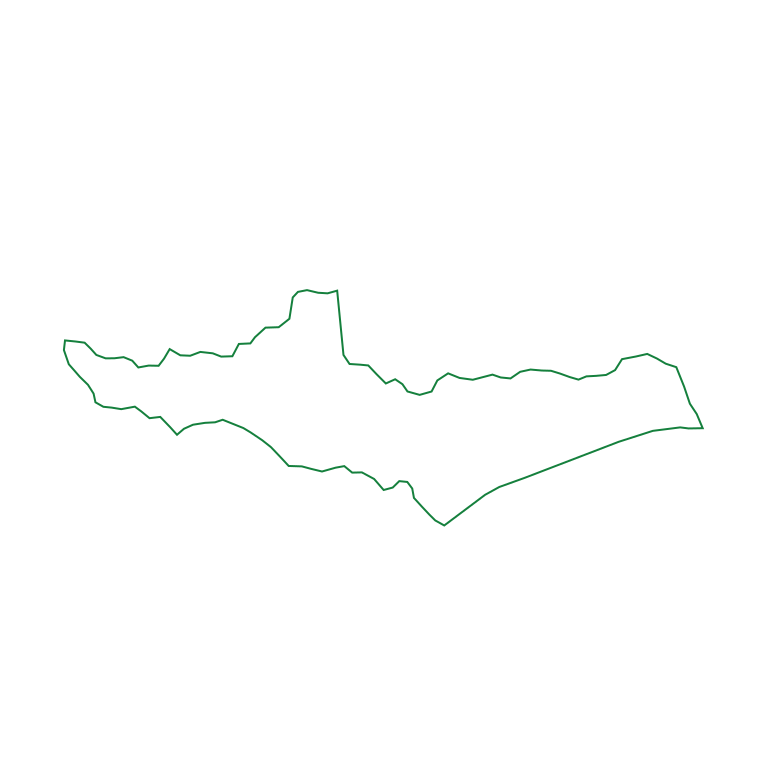 Ruaraka, Nairobi, Kenya, rotated 207°
{"feature_id": "3690345B35970113576502", "entity_name": "Ruaraka", "entity_type": "district", "adm_level": 2, "iso_a3": "KEN", "parent_name": "Kenya", "parent_adm1": "Nairobi", "projection": "mercator", "projection_center": [36.884, -1.246], "detail": "fine", "context": "isolated", "style": "outline", "palette": "green", "viewbox_px": 768, "rotation_deg": 207, "n_neighbors": 0, "source": "geoboundaries", "source_scale": "gbopen_adm2", "svg_char_len": 1651}
<svg xmlns="http://www.w3.org/2000/svg" viewBox="0 0 768 768"><g transform="rotate(207 384 384)"><path d="M688.0,278.0L684.6,268.9L673.8,258.5L666.2,255.5L658.3,252.3L647.4,248.9L638.4,243.6L632.8,236.7L623.7,236.3L616.0,239.3L606.7,242.3L595.7,250.7L587.9,249.4L577.4,247.1L568.4,253.1L554.8,248.4L545.4,244.8L541.9,253.3L535.7,261.0L525.9,268.1L517.1,273.2L511.5,278.9L489.3,280.9L480.9,280.3L466.9,278.6L456.0,276.4L444.6,272.4L431.7,267.7L419.8,273.3L410.4,275.3L399.5,277.9L389.1,287.5L382.1,292.8L372.1,290.6L363.6,295.2L349.7,294.9L336.2,289.4L329.2,295.7L326.3,304.4L318.8,307.3L311.4,303.7L305.6,296.1L294.5,291.9L284.2,288.2L276.4,285.7L266.1,285.3L243.6,331.2L234.5,344.6L216.0,364.3L148.7,439.0L123.2,464.3L100.4,479.8L92.4,482.7L80.0,489.3L91.7,499.2L102.5,505.3L115.4,517.9L131.2,531.7L142.2,530.0L152.4,530.6L163.1,530.3L172.1,522.8L183.2,514.2L184.4,501.3L190.2,492.9L198.8,487.5L207.1,482.7L212.7,476.2L221.7,474.5L232.0,473.2L241.2,471.6L249.4,467.7L260.0,463.4L268.2,456.7L273.8,446.4L283.0,442.8L291.6,441.6L306.8,428.1L319.4,423.7L331.7,422.6L338.1,411.4L338.2,398.9L347.3,390.5L359.7,388.0L367.5,392.2L376.2,393.3L382.6,385.3L395.2,389.4L406.4,393.4L414.0,390.4L423.8,386.2L433.3,391.5L468.1,445.9L475.4,439.2L484.1,435.4L495.2,432.7L502.5,427.0L504.6,419.7L497.9,399.2L503.6,386.8L515.2,380.4L520.2,367.1L521.5,359.5L531.5,353.8L531.7,339.9L541.5,334.5L550.5,333.6L562.2,329.2L569.5,321.2L578.5,317.1L590.8,317.8L591.5,306.7L593.1,297.9L602.0,293.6L610.4,287.2L618.9,290.5L628.2,289.7L635.8,284.6L643.6,280.5L653.5,279.3L661.3,282.3L669.5,284.9L678.2,281.8L688.0,278.0Z" fill="none" stroke="#15803d" stroke-width="2"/></g></svg>